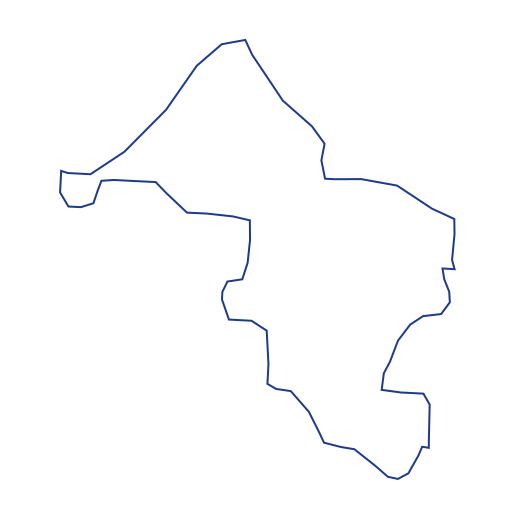 outline of Brvenica, rotated 183°
{"feature_id": "MKD-2961", "entity_name": "Brvenica", "entity_type": "Statistical Region", "adm_level": 1, "iso_a3": "MKD", "parent_name": "North Macedonia", "parent_adm1": "", "projection": "albers", "projection_center": [21.041, 41.872], "detail": "fine", "context": "isolated", "style": "outline", "palette": "blue", "viewbox_px": 512, "rotation_deg": 183, "n_neighbors": 0, "source": "natural_earth", "source_scale": "10m", "svg_char_len": 1104}
<svg xmlns="http://www.w3.org/2000/svg" viewBox="0 0 512 512"><g transform="rotate(183 256 256)"><path d="M178.3,73.1L183.8,83.4L195.0,103.1L214.2,122.9L228.9,124.3L237.9,128.9L237.9,148.7L241.4,182.0L257.1,191.1L269.5,191.1L279.7,191.1L287.7,210.8L287.7,218.4L283.2,229.0L268.5,232.0L264.0,248.7L262.8,271.5L264.0,291.3L280.9,294.3L307.0,295.8L327.2,295.7L348.7,314.0L360.1,324.6L379.3,324.5L401.9,324.5L414.3,323.0L417.7,312.4L421.1,300.2L433.4,295.6L445.9,295.6L455.0,309.2L455.0,330.8L448.2,329.0L425.6,329.0L392.8,353.3L353.4,397.4L325.1,442.9L301.3,465.7L278.0,471.2L270.3,456.6L255.5,436.9L237.4,412.6L206.9,388.4L193.4,371.7L195.7,354.9L191.1,336.8L181.0,336.8L155.0,338.3L118.8,333.7L82.6,312.4L69.7,307.3L59.9,303.3L58.9,288.1L60.0,262.3L57.0,253.2L66.8,253.3L69.1,253.3L66.8,242.6L61.2,230.5L60.0,219.9L68.1,207.7L86.0,204.7L98.4,195.6L109.8,178.9L116.6,157.7L122.2,145.6L123.5,128.9L104.3,127.3L81.6,127.3L74.8,116.7L73.8,83.3L73.4,73.5L80.1,74.2L83.4,65.1L92.5,46.9L102.6,40.8L112.7,42.4L126.3,53.0L147.7,68.2L161.2,69.7L178.3,73.1Z" fill="none" stroke="#1e3a8a" stroke-width="2"/></g></svg>